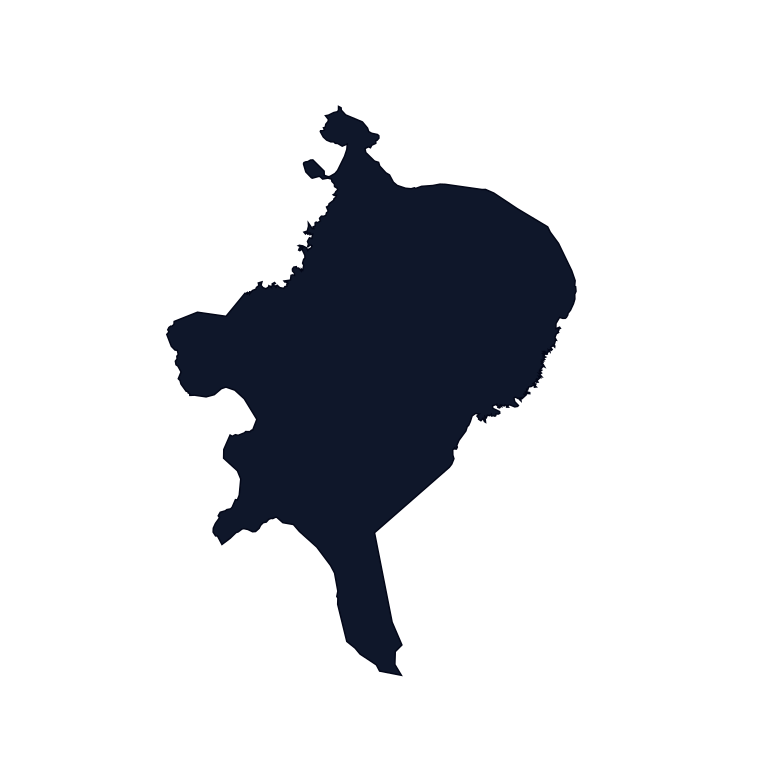 Davst, Uvs, Mongolia (orthographic projection), rotated 244°
{"feature_id": "93677404B415729533363", "entity_name": "Davst", "entity_type": "district", "adm_level": 2, "iso_a3": "MNG", "parent_name": "Mongolia", "parent_adm1": "Uvs", "projection": "orthographic", "projection_center": [92.742, 50.438], "detail": "fine", "context": "isolated", "style": "filled", "palette": "ink", "viewbox_px": 768, "rotation_deg": 244, "n_neighbors": 0, "source": "geoboundaries", "source_scale": "gbopen_adm2", "svg_char_len": 6159}
<svg xmlns="http://www.w3.org/2000/svg" viewBox="0 0 768 768"><g transform="rotate(244 384 384)"><path d="M141.6,285.7L166.4,286.9L254.5,310.3L280.5,406.2L282.3,409.8L286.2,414.1L289.9,414.7L294.7,416.9L295.6,419.5L294.5,419.2L293.8,420.6L295.1,422.2L296.9,422.5L300.5,426.7L305.9,437.0L309.2,440.1L309.7,441.9L312.3,445.0L316.7,449.2L317.4,453.4L315.3,456.5L314.4,453.5L311.7,454.2L310.9,453.6L308.5,455.0L309.3,457.2L310.7,458.0L306.2,457.8L305.1,458.5L310.5,460.4L308.8,461.1L310.7,463.3L309.3,465.0L309.8,467.2L308.1,466.6L307.4,468.8L306.5,469.5L306.5,470.4L308.0,471.7L306.9,473.5L306.9,475.2L308.5,475.8L314.5,471.1L316.9,472.1L316.3,476.6L315.2,476.1L314.2,476.9L313.3,476.2L313.0,477.0L312.0,477.0L312.0,477.9L313.2,477.4L313.7,478.5L312.3,479.8L314.1,479.8L311.6,482.4L312.3,483.8L311.0,484.5L309.5,484.0L308.7,485.7L310.5,485.3L310.2,487.9L306.1,491.5L305.3,494.3L305.8,495.4L310.7,493.8L314.4,494.5L314.6,496.4L312.1,498.2L311.6,500.9L310.6,499.0L308.7,499.7L310.7,500.4L310.3,501.6L311.8,506.6L314.1,504.7L312.4,506.5L312.6,507.7L313.4,507.5L311.4,510.8L312.4,511.2L314.9,508.0L315.1,509.4L316.6,509.9L315.8,510.6L318.0,512.7L317.2,515.3L317.7,518.6L315.2,517.8L314.6,519.6L316.1,519.0L317.4,520.5L319.1,518.3L319.9,521.8L318.9,521.8L318.2,523.2L321.5,522.9L321.7,523.7L320.4,524.2L321.0,526.1L322.0,526.2L321.4,527.1L323.1,526.5L321.3,529.0L325.5,527.9L324.7,528.7L324.8,530.3L326.8,529.3L326.8,530.0L327.6,529.9L327.1,530.7L327.3,531.8L328.5,530.7L329.2,531.5L329.1,532.5L330.2,533.0L329.7,533.9L330.6,534.7L329.1,535.8L332.1,535.6L333.3,534.2L333.8,534.7L333.3,535.1L333.7,536.3L335.2,535.5L334.8,537.5L336.2,536.7L335.7,539.1L337.5,538.5L337.4,541.0L339.5,539.3L339.6,540.5L342.1,539.8L342.1,542.4L343.4,541.5L342.9,542.7L341.7,543.5L341.1,541.3L340.5,541.1L340.2,541.5L340.9,542.2L339.6,542.8L339.3,543.9L340.3,544.3L341.1,546.1L342.5,546.6L340.3,547.3L342.2,547.9L342.1,548.9L341.0,549.2L341.3,550.3L343.7,549.8L344.2,550.6L344.2,553.0L342.4,553.6L343.3,554.2L344.9,553.3L345.1,554.6L348.3,557.4L347.8,558.1L350.9,558.0L353.6,560.9L353.8,563.4L354.5,563.2L356.1,565.0L357.1,564.7L356.7,566.9L358.1,566.7L358.4,562.7L363.0,565.1L366.9,571.0L364.6,573.5L363.6,575.7L363.9,577.1L365.6,579.6L366.7,580.1L368.6,584.0L373.1,589.5L376.7,592.8L381.1,594.8L383.1,597.2L387.5,598.9L388.3,598.2L393.1,601.1L403.5,602.4L433.9,602.5L447.6,600.0L453.5,600.0L483.1,580.7L507.5,566.4L514.4,560.5L515.8,557.4L536.5,526.8L539.1,521.9L541.0,514.9L545.2,504.4L545.9,498.1L547.0,497.4L547.6,494.0L550.5,489.2L556.7,482.9L561.3,480.9L569.5,480.6L573.0,478.3L581.7,475.7L585.6,476.3L588.5,473.2L600.0,469.1L603.9,470.1L604.0,474.0L602.3,475.4L604.0,477.7L603.9,482.1L606.3,483.3L606.1,484.7L607.2,487.2L609.4,488.2L611.1,487.5L614.8,482.8L617.6,480.9L621.2,481.4L629.0,479.5L642.7,467.5L648.8,465.7L651.1,466.5L653.4,464.8L650.2,463.2L649.1,461.6L650.0,457.9L650.0,451.9L650.8,449.0L646.1,450.0L644.5,448.8L643.0,445.5L640.6,443.8L640.8,441.9L638.7,442.1L638.4,440.2L639.4,438.0L638.8,437.4L632.6,437.7L628.3,439.4L625.0,442.3L623.7,445.0L621.7,445.7L620.4,447.9L616.1,450.7L615.8,456.2L611.1,453.4L605.9,448.3L596.3,435.9L594.7,432.2L594.3,426.4L594.8,424.7L597.8,421.8L601.6,423.5L616.6,418.3L617.5,416.1L617.3,413.1L618.0,410.9L618.1,409.1L617.1,408.1L608.9,406.7L601.1,409.2L600.4,409.9L599.2,416.3L598.5,417.4L595.1,418.7L593.6,423.8L591.2,426.6L588.8,426.0L585.7,427.1L583.1,426.1L580.6,427.7L578.7,427.5L578.0,425.0L576.6,423.2L576.4,421.3L575.2,422.0L574.4,424.0L573.0,422.5L572.3,420.1L571.2,419.4L570.1,413.7L568.5,412.4L568.3,409.9L564.2,409.7L563.3,408.9L563.1,407.4L561.0,405.6L561.2,403.3L562.3,401.3L561.2,398.7L558.4,398.3L558.1,394.9L559.3,394.0L559.0,392.7L556.2,391.5L556.3,389.1L554.4,389.0L555.2,387.6L561.9,386.6L559.0,385.4L555.1,382.1L555.6,378.6L553.3,379.2L554.1,380.9L552.8,382.5L552.7,381.0L552.0,381.2L551.7,383.8L550.7,383.0L549.9,385.6L546.4,382.9L548.1,381.1L545.7,377.7L542.8,377.4L540.9,375.6L540.6,376.6L541.4,377.4L540.9,379.3L539.7,379.9L538.1,377.8L538.2,375.2L537.5,374.1L540.4,374.0L543.7,371.6L545.8,368.7L545.8,367.7L542.1,370.9L541.8,370.3L543.3,367.7L541.8,366.0L540.7,366.8L541.1,368.2L540.6,369.4L534.3,369.3L531.9,368.2L531.3,366.5L528.3,363.8L525.8,363.9L521.8,360.7L523.6,360.1L521.9,359.1L525.6,358.1L526.5,356.3L527.9,356.6L528.6,354.1L527.5,352.1L525.6,351.3L523.2,352.1L520.8,351.2L522.2,349.5L522.4,348.1L518.4,345.5L520.4,339.3L519.1,339.6L518.2,342.1L517.6,341.0L516.4,341.7L516.0,340.3L514.4,339.6L515.0,337.7L513.9,335.8L516.4,332.5L519.6,331.3L519.5,330.2L517.5,329.1L519.8,329.3L520.5,328.1L521.8,327.9L522.1,330.4L523.2,330.1L523.0,327.4L521.6,326.9L520.9,325.8L521.6,324.8L520.7,324.8L522.8,323.6L521.7,322.6L521.4,319.6L523.6,317.5L526.6,316.7L529.3,319.1L529.9,315.3L527.3,314.7L526.7,311.7L525.4,310.4L525.7,306.7L524.1,303.4L526.3,304.1L524.1,302.6L525.3,302.6L525.1,301.6L526.2,301.4L526.0,300.2L525.1,300.2L526.5,298.8L514.1,271.7L530.3,247.8L532.2,222.8L529.6,221.3L528.9,218.6L529.5,217.7L529.1,215.5L527.5,213.4L525.1,213.6L523.8,210.5L511.1,209.4L506.2,211.0L504.8,213.0L500.7,212.0L499.8,210.0L497.2,209.0L496.0,206.5L492.5,205.5L490.5,206.6L483.8,206.9L478.9,201.4L476.6,202.2L472.9,201.5L464.2,203.0L463.1,204.5L462.0,204.0L460.5,205.1L458.9,204.5L457.0,208.8L450.4,218.5L448.8,226.8L451.1,235.8L450.5,240.6L443.9,247.2L432.0,251.9L408.0,254.2L400.1,245.7L400.6,244.7L399.9,242.7L401.9,238.8L401.3,237.2L401.8,230.4L403.6,228.2L403.5,224.7L405.6,223.3L395.4,211.3L387.6,207.3L370.3,214.2L361.4,213.6L347.6,205.2L344.1,201.4L345.2,199.8L339.8,193.5L339.0,191.4L340.0,187.7L339.6,185.8L340.5,180.6L338.2,177.2L335.9,177.5L332.6,171.4L329.3,167.4L325.8,165.5L321.3,166.0L320.5,167.7L310.8,168.0L312.8,178.2L315.3,185.8L315.0,188.2L315.9,192.8L315.5,194.6L312.9,197.9L308.8,201.1L307.7,203.9L309.0,208.5L311.0,211.0L312.3,214.6L311.5,217.7L312.9,221.0L312.7,223.6L311.8,225.0L311.8,228.1L311.2,229.2L303.7,232.3L297.4,241.0L288.6,243.3L266.9,252.1L244.5,256.4L235.8,256.7L218.0,251.7L213.7,248.4L211.8,248.7L206.3,245.8L168.9,237.7L159.4,242.2L151.7,244.1L134.9,254.0L127.9,254.2L114.6,271.9L127.1,270.8L138.5,276.8L141.6,285.7Z" fill="#0f172a" stroke="#020617" stroke-width="1.5"/></g></svg>